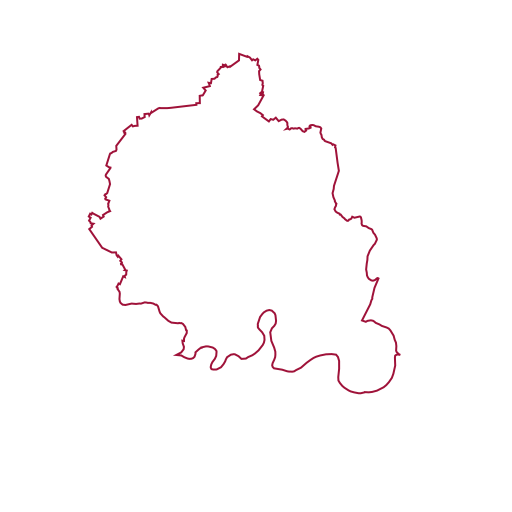 the district of San Rafael, Veracruz, Mexico, rotated 49°
{"feature_id": "50627088B57037698095260", "entity_name": "San Rafael", "entity_type": "district", "adm_level": 2, "iso_a3": "MEX", "parent_name": "Mexico", "parent_adm1": "Veracruz", "projection": "albers", "projection_center": [-96.918, 20.214], "detail": "fine", "context": "isolated", "style": "outline", "palette": "rose", "viewbox_px": 512, "rotation_deg": 49, "n_neighbors": 0, "source": "geoboundaries", "source_scale": "gbopen_adm2", "svg_char_len": 6074}
<svg xmlns="http://www.w3.org/2000/svg" viewBox="0 0 512 512"><g transform="rotate(49 256 256)"><path d="M189.9,382.1L193.5,382.5L195.1,383.5L198.9,387.3L201.0,388.6L202.5,389.0L205.2,388.6L207.3,386.7L210.3,381.1L213.5,378.0L215.3,375.3L216.5,374.0L218.0,370.4L219.5,369.0L220.3,368.5L222.0,366.5L224.5,364.7L227.0,363.8L227.4,363.1L228.1,363.0L229.7,363.0L234.8,365.3L236.5,365.8L240.8,365.7L242.0,365.4L247.4,364.7L250.8,363.5L255.7,358.9L256.1,357.9L256.9,357.4L257.7,356.3L259.4,355.7L263.1,355.9L266.1,357.4L266.8,357.1L268.7,358.8L270.3,363.0L271.0,364.4L272.9,366.1L271.6,367.1L273.8,368.6L277.3,370.0L278.9,371.8L279.7,375.7L278.4,381.1L282.1,377.6L285.2,376.6L288.5,374.9L289.9,373.8L291.2,372.1L291.8,370.4L291.7,368.5L290.1,365.8L289.0,364.9L288.9,360.8L289.0,358.6L289.6,357.1L289.3,357.0L291.4,353.0L293.0,351.3L296.7,348.7L299.1,348.0L301.5,348.1L302.4,348.6L305.3,351.6L306.6,354.5L307.5,358.6L308.5,360.9L309.9,362.8L310.6,363.4L312.2,363.8L313.7,362.7L315.8,360.2L317.0,355.4L316.3,351.4L315.3,348.4L314.3,346.6L313.4,344.2L314.0,339.7L315.5,337.2L316.4,336.4L320.2,334.9L324.1,334.5L326.8,330.9L327.1,328.3L328.5,323.9L328.9,320.8L328.9,316.0L327.6,309.3L326.6,306.9L324.9,304.6L321.6,302.1L317.6,301.4L313.6,301.6L311.3,301.5L310.4,300.9L310.1,300.4L309.2,299.9L308.3,299.0L304.7,292.9L303.9,289.2L303.7,287.0L304.2,283.9L305.5,281.4L307.6,279.9L311.5,279.5L313.5,280.2L318.1,283.4L319.9,285.5L320.7,288.0L321.0,291.4L322.9,295.3L330.1,300.1L337.1,302.4L340.9,304.2L343.3,306.2L344.9,307.9L346.3,310.4L347.8,313.8L349.1,315.5L350.7,316.2L352.6,316.1L359.0,310.8L363.3,308.2L364.6,307.2L367.2,304.4L368.1,302.8L368.4,300.6L369.8,295.3L369.8,287.8L370.2,283.0L370.7,279.4L371.5,276.6L373.2,272.8L376.1,267.7L379.6,263.3L383.0,260.3L386.0,260.4L389.7,262.1L395.7,267.3L401.4,273.4L404.1,275.5L406.9,276.0L410.7,276.1L413.4,275.7L418.2,274.3L420.3,273.4L423.3,271.4L426.9,268.6L428.3,267.0L430.3,263.2L430.2,263.1L432.9,260.3L434.8,257.5L437.0,253.0L438.8,245.8L438.9,242.4L438.4,238.4L437.1,233.4L435.0,229.6L430.0,222.8L423.8,217.8L422.5,216.3L422.6,215.3L423.2,213.7L425.3,212.0L423.8,212.6L421.0,212.9L419.4,212.4L416.1,209.2L413.2,207.2L410.3,206.3L406.4,204.4L400.4,203.4L397.9,203.4L395.7,204.3L391.3,206.9L388.7,207.7L385.0,209.5L382.9,209.8L381.6,210.2L379.9,211.5L378.1,214.4L377.7,216.3L374.2,218.3L367.4,201.5L365.1,197.9L364.6,196.3L363.5,195.4L357.8,187.5L353.3,178.3L352.5,178.6L352.2,179.3L352.2,182.0L351.6,183.5L351.0,184.3L350.0,185.0L347.2,185.8L345.4,185.6L343.5,185.0L341.2,183.3L338.4,181.7L334.3,177.3L332.1,174.6L329.4,172.0L326.6,166.5L324.9,160.0L324.8,158.3L323.0,154.1L321.9,153.3L318.0,152.2L315.5,152.2L312.3,151.1L311.4,151.3L308.9,152.6L306.0,153.3L303.5,155.4L302.4,155.7L300.8,155.1L299.8,154.0L298.4,152.9L295.8,151.5L294.9,151.4L294.3,151.7L291.7,156.6L289.5,157.6L290.3,159.5L290.2,160.6L289.6,161.7L289.9,163.2L289.3,164.1L286.6,164.7L285.6,164.6L283.3,165.1L280.3,164.9L279.7,165.6L278.8,165.2L276.8,166.2L274.7,166.7L272.1,166.1L271.1,164.3L270.7,163.0L269.3,161.1L268.9,161.3L268.6,161.0L266.6,160.7L265.9,160.1L262.4,159.0L258.8,157.0L256.4,153.4L254.2,151.1L246.1,137.6L239.2,133.3L226.7,125.0L225.9,125.1L224.7,123.5L222.3,124.5L222.1,124.8L222.2,125.3L220.3,125.3L214.6,128.5L213.9,128.6L213.3,128.4L212.7,128.4L211.5,128.9L209.7,128.5L207.4,127.1L206.2,126.9L205.1,126.4L202.6,123.1L201.3,123.0L200.6,123.2L199.5,123.9L197.3,125.8L195.2,126.6L194.2,127.4L193.4,128.5L193.0,129.4L193.1,130.3L193.5,130.8L193.9,130.9L194.6,130.3L195.0,130.6L194.4,132.5L192.6,135.2L193.3,135.8L194.2,135.9L194.1,138.0L192.4,138.9L189.3,138.9L187.7,139.3L187.2,140.0L187.0,141.2L185.2,142.8L184.6,144.0L183.2,144.9L182.6,145.9L182.7,146.8L182.6,147.6L180.6,148.5L180.0,149.7L179.9,147.6L179.4,147.1L178.4,146.8L176.9,145.8L176.3,145.1L175.0,144.8L173.1,144.9L171.1,145.5L169.9,147.2L169.1,150.4L164.6,150.3L164.5,153.6L162.3,155.1L162.9,158.0L154.5,159.9L154.2,158.4L151.0,159.0L147.6,160.4L144.0,161.2L143.7,155.5L139.7,144.7L138.9,144.8L138.6,146.0L137.4,147.1L137.1,146.2L135.9,146.1L135.9,144.9L136.3,144.8L137.2,145.2L137.5,144.7L137.5,143.8L137.0,143.2L136.0,143.8L132.3,138.9L131.6,139.1L131.0,138.9L130.0,137.5L128.0,136.1L125.9,137.4L120.9,134.3L118.5,132.4L118.2,130.2L116.1,130.1L115.5,129.5L114.3,128.9L112.7,129.6L109.5,125.6L108.0,125.6L107.9,128.2L105.7,129.1L105.7,130.6L102.3,130.4L99.6,131.4L99.9,132.0L99.6,132.2L92.4,136.1L97.2,140.5L96.2,151.4L95.7,151.3L94.8,153.7L93.2,153.7L92.8,153.4L91.9,153.4L92.3,154.6L90.8,154.7L90.4,155.2L92.7,156.7L90.8,156.4L91.5,157.1L90.2,158.6L90.8,159.4L91.2,163.8L91.6,164.5L92.0,164.8L94.2,164.8L94.0,166.0L94.9,166.7L95.5,167.8L94.9,169.2L95.0,171.0L93.3,173.3L96.0,176.6L94.2,178.1L95.8,178.6L97.5,179.4L94.4,185.4L98.1,185.4L99.8,190.6L99.8,191.0L99.1,191.8L98.2,193.4L103.8,198.1L101.5,200.8L102.8,201.8L88.2,223.2L86.3,225.8L81.7,231.1L81.2,231.4L80.5,232.8L79.2,241.4L78.8,241.1L79.8,244.2L79.2,243.9L78.0,243.8L76.1,246.5L76.3,246.5L76.3,247.6L78.1,248.8L77.3,252.1L76.0,253.7L74.2,253.0L73.1,254.7L80.0,259.9L78.2,262.2L77.4,263.9L75.4,263.8L74.9,273.9L76.8,273.8L76.7,274.6L78.2,274.5L81.2,289.2L84.2,291.5L84.8,292.8L83.5,295.8L83.5,297.7L83.0,298.6L83.2,299.3L89.5,309.6L92.6,308.7L93.8,307.8L94.1,308.1L96.1,315.9L96.8,316.8L97.9,317.2L101.2,316.5L103.0,317.3L106.0,319.0L110.9,327.0L110.9,328.3L110.5,329.2L110.8,330.5L113.3,330.5L113.9,332.3L114.6,332.4L118.1,330.4L119.5,332.9L119.4,333.1L119.8,333.5L120.8,334.0L121.8,335.2L124.5,336.1L124.9,336.5L126.4,336.7L125.4,339.6L124.7,344.6L126.3,345.1L125.8,348.9L123.8,348.4L117.2,351.0L116.0,351.3L116.7,353.0L115.3,353.4L116.5,356.3L118.6,355.7L119.8,358.8L121.7,358.7L122.8,359.3L125.0,357.5L125.1,360.1L126.4,360.6L126.3,364.2L148.9,366.7L158.8,362.5L161.4,359.3L164.0,360.7L165.8,360.8L165.4,359.7L170.2,359.7L170.6,361.6L172.9,361.4L173.6,362.2L173.3,363.0L173.8,363.3L174.9,362.4L180.6,363.7L180.6,364.3L182.2,363.1L183.0,364.4L184.9,366.2L184.8,368.3L185.8,368.8L184.2,369.5L188.0,377.2L186.6,377.8L187.6,380.0L187.9,381.5L189.6,381.4L189.9,382.1Z" fill="none" stroke="#9f1239" stroke-width="2"/></g></svg>